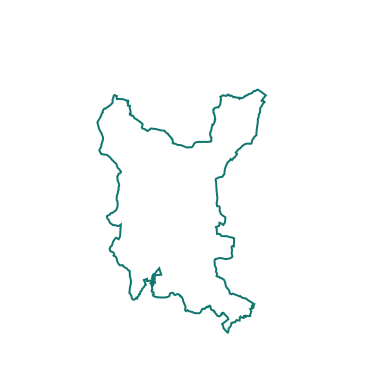 Bistrita, Bistrita-Nasaud, Romania (Albers equal-area conic projection), rotated 306°
{"feature_id": "2599482B91510163200898", "entity_name": "Bistrita", "entity_type": "district", "adm_level": 2, "iso_a3": "ROU", "parent_name": "Romania", "parent_adm1": "Bistrita-Nasaud", "projection": "albers", "projection_center": [24.486, 47.14], "detail": "fine", "context": "isolated", "style": "outline", "palette": "teal", "viewbox_px": 384, "rotation_deg": 306, "n_neighbors": 0, "source": "geoboundaries", "source_scale": "gbopen_adm2", "svg_char_len": 6011}
<svg xmlns="http://www.w3.org/2000/svg" viewBox="0 0 384 384"><g transform="rotate(306 192 192)"><path d="M265.7,211.4L266.2,211.5L270.0,210.1L272.3,210.3L273.3,210.0L275.8,210.7L278.7,208.7L287.5,204.0L289.6,202.4L292.0,201.8L294.0,200.4L296.2,200.4L299.6,198.0L305.6,197.5L307.4,197.9L307.7,195.8L306.6,195.0L307.0,194.6L313.6,194.9L313.7,186.5L313.4,184.9L310.7,183.7L310.7,183.3L309.3,182.5L307.0,182.3L304.3,180.2L303.0,180.0L301.6,178.8L301.2,179.0L300.4,178.4L299.0,178.2L297.0,177.1L296.6,176.5L296.4,175.4L295.7,175.5L295.9,175.1L295.3,174.8L295.4,173.8L294.3,172.0L293.9,170.5L293.0,169.9L293.2,167.4L292.4,166.5L292.3,165.6L292.1,165.6L292.2,165.0L291.8,164.4L292.1,164.1L291.9,163.8L289.9,163.3L288.3,160.0L287.3,159.9L285.8,158.9L284.8,160.3L283.6,161.3L283.1,161.2L281.3,162.5L279.3,163.4L276.1,163.7L274.9,162.1L273.3,161.0L271.7,160.8L271.3,161.1L271.1,160.8L268.7,162.8L268.7,163.3L267.4,165.0L264.5,168.1L263.4,168.1L262.9,168.8L260.1,169.5L258.8,169.6L258.6,168.9L257.8,169.1L253.2,171.3L250.5,171.9L250.0,172.6L249.1,172.8L247.6,174.7L247.5,175.9L246.5,176.1L244.9,177.5L244.1,177.7L241.5,175.0L239.8,172.4L236.6,168.4L236.4,167.7L234.1,165.7L232.5,165.3L229.1,165.8L227.8,165.2L224.9,161.5L223.4,155.5L221.6,152.7L221.3,150.5L220.1,147.8L221.3,147.1L223.2,145.0L223.0,144.1L223.7,143.4L224.7,138.2L225.0,138.1L224.8,135.3L225.4,133.9L225.2,133.3L223.5,130.5L221.8,125.9L219.2,121.4L215.2,120.3L215.0,116.5L214.3,114.6L214.6,113.5L217.8,112.3L218.2,110.8L218.2,105.0L217.9,102.0L218.9,99.8L218.3,98.1L218.8,97.7L219.1,96.9L218.1,96.3L218.5,95.7L220.7,95.4L223.9,91.7L225.3,91.1L224.3,89.3L226.1,88.2L226.0,87.8L226.7,87.4L227.1,86.7L227.8,87.2L228.4,86.6L227.4,85.0L226.6,81.7L223.1,76.5L225.4,74.8L224.9,74.1L225.1,72.6L224.1,72.1L222.4,72.6L221.7,73.2L220.3,73.3L217.5,75.3L214.0,74.8L208.4,72.8L208.0,72.1L206.6,72.0L205.3,72.1L204.1,72.6L204.1,73.0L201.9,72.9L200.5,73.7L192.8,74.5L188.3,79.9L186.3,84.2L183.8,88.0L181.2,89.6L177.2,90.7L176.2,91.5L174.3,92.1L171.2,92.5L169.8,95.2L169.9,96.0L169.4,96.5L172.0,101.3L171.9,105.2L171.0,108.5L170.3,114.1L167.9,117.7L167.7,119.7L166.6,122.7L165.2,122.9L163.7,121.9L162.0,122.5L160.6,122.3L159.4,123.7L157.9,124.6L156.4,127.1L154.5,129.3L152.7,129.8L150.8,131.3L149.2,131.6L148.5,132.3L144.8,133.4L141.6,135.4L140.8,136.6L140.7,137.1L138.0,139.4L135.9,140.5L133.8,141.1L131.6,141.1L130.9,140.6L128.5,140.1L127.4,138.8L125.8,138.9L122.5,137.4L121.5,138.0L120.7,139.6L120.3,141.3L118.8,143.7L118.8,147.5L119.9,149.2L121.0,152.2L122.5,153.2L123.8,153.5L113.8,159.9L110.7,160.4L110.4,157.5L109.1,157.2L105.5,157.3L102.6,158.4L101.3,158.7L99.6,158.2L97.4,158.9L96.1,160.8L96.8,163.4L96.6,164.8L95.6,165.9L94.4,165.9L94.4,166.6L94.8,167.9L94.3,169.7L92.7,171.3L91.6,173.0L90.8,174.4L90.4,176.0L90.3,176.5L90.8,177.6L92.0,178.7L91.9,179.7L91.4,180.6L91.8,184.2L91.2,186.8L91.6,187.9L87.4,191.2L84.8,194.3L81.8,196.5L79.3,197.4L73.6,200.6L73.7,201.1L73.2,201.8L72.5,203.8L70.6,205.9L70.3,207.0L70.4,208.0L71.5,208.8L73.4,209.1L73.6,210.2L74.9,209.5L76.8,210.0L78.1,209.2L78.8,209.8L80.3,209.4L80.7,208.9L82.4,209.2L84.4,208.7L87.3,209.0L89.1,208.7L89.8,209.2L92.5,204.8L95.3,206.7L93.5,207.8L96.8,211.6L95.5,212.1L93.6,212.1L93.4,213.8L93.2,214.2L93.6,214.5L96.8,213.4L97.1,212.3L98.4,210.7L98.7,211.0L99.5,210.0L101.3,209.2L102.8,209.1L104.4,210.1L105.7,209.9L111.0,210.3L107.0,215.7L103.4,211.7L101.8,211.2L100.9,211.5L99.9,213.0L99.0,212.4L98.4,212.7L98.0,212.4L97.3,213.3L97.4,214.4L97.7,214.6L96.9,215.4L96.6,214.9L95.7,214.4L94.6,214.8L94.4,215.2L93.1,215.3L92.7,214.4L89.7,217.3L88.8,217.1L88.1,217.6L87.7,218.3L88.2,219.6L88.0,220.1L86.6,221.2L86.0,220.6L85.1,222.1L86.3,225.5L88.7,229.4L91.2,232.6L92.9,234.1L94.6,234.8L96.9,233.9L98.9,235.2L99.3,236.0L98.5,238.0L98.6,238.8L100.9,240.2L101.3,241.3L101.4,242.4L100.9,243.1L101.3,243.8L100.7,244.9L101.0,245.6L99.6,248.0L98.5,249.0L95.5,254.1L92.2,256.0L92.2,257.4L93.8,257.9L93.8,259.7L95.3,263.4L95.4,265.1L98.1,269.1L99.7,269.6L103.5,269.1L104.1,269.6L104.8,270.9L105.1,270.7L107.6,271.4L107.5,271.8L108.7,272.2L108.5,272.6L110.5,273.2L110.1,274.5L109.0,275.2L108.2,276.7L108.1,277.5L108.9,278.9L108.5,280.5L108.2,280.4L106.8,285.5L107.4,287.1L107.8,287.5L110.4,288.1L110.5,287.5L111.6,287.4L112.6,288.1L112.7,288.8L112.1,290.1L112.1,291.4L111.7,293.0L111.5,294.7L110.4,296.2L102.8,294.0L102.3,295.5L100.3,297.7L99.3,302.5L99.3,303.6L100.4,303.4L103.3,301.9L106.5,302.1L109.3,300.9L109.5,301.5L111.2,302.2L111.8,303.4L114.4,303.2L115.9,306.1L118.9,304.3L119.8,304.5L119.6,305.6L120.3,307.7L120.7,307.9L122.1,306.9L123.0,307.4L123.1,307.7L122.5,308.1L122.5,308.8L124.0,309.1L125.3,311.5L126.0,312.0L127.1,311.0L130.2,310.3L130.4,309.6L131.7,308.5L131.7,307.9L132.7,308.4L133.3,309.4L134.4,309.7L134.9,309.6L135.3,308.9L134.3,308.2L135.1,307.3L135.8,307.4L136.3,308.7L136.8,308.6L137.0,307.8L137.9,308.1L137.4,300.9L137.6,298.5L136.0,294.9L136.1,292.2L135.7,292.1L133.9,285.3L133.5,284.5L132.4,283.9L132.0,282.2L133.3,281.2L134.6,278.8L134.7,277.9L135.0,277.2L134.9,276.7L135.5,275.0L138.4,271.9L139.9,269.2L139.6,266.4L139.0,264.8L139.3,263.6L138.4,262.3L138.4,261.3L140.5,260.5L141.6,258.2L143.6,257.2L144.7,256.1L146.0,253.5L147.4,252.6L149.2,250.8L151.4,250.2L152.0,251.0L154.2,252.4L155.7,254.5L157.5,258.7L160.1,261.3L162.3,262.6L163.6,262.6L165.8,260.0L169.1,258.3L169.7,257.1L171.2,256.2L172.1,256.5L172.5,257.8L179.3,253.4L178.8,251.2L177.3,248.3L177.1,246.7L173.9,242.1L173.7,241.1L174.4,240.0L174.4,239.3L172.8,236.8L177.0,233.4L177.7,231.9L180.6,233.9L183.3,232.3L183.7,234.2L183.8,236.7L187.1,236.4L191.1,234.0L191.0,229.8L191.2,228.1L193.5,225.0L195.8,223.6L196.4,222.4L195.3,220.6L197.1,218.7L201.9,216.2L208.0,210.7L214.6,205.3L214.7,204.9L216.0,203.8L216.9,203.7L218.2,204.6L219.3,204.9L222.3,207.7L224.1,207.4L225.4,207.7L229.5,205.3L233.1,204.1L237.0,203.4L239.0,204.0L241.4,203.9L241.3,205.6L244.2,205.7L245.2,206.3L249.4,206.1L249.7,204.2L253.7,204.5L255.2,205.2L259.0,205.7L262.0,206.8L263.7,208.3L265.7,211.4Z" fill="none" stroke="#0f766e" stroke-width="2"/></g></svg>